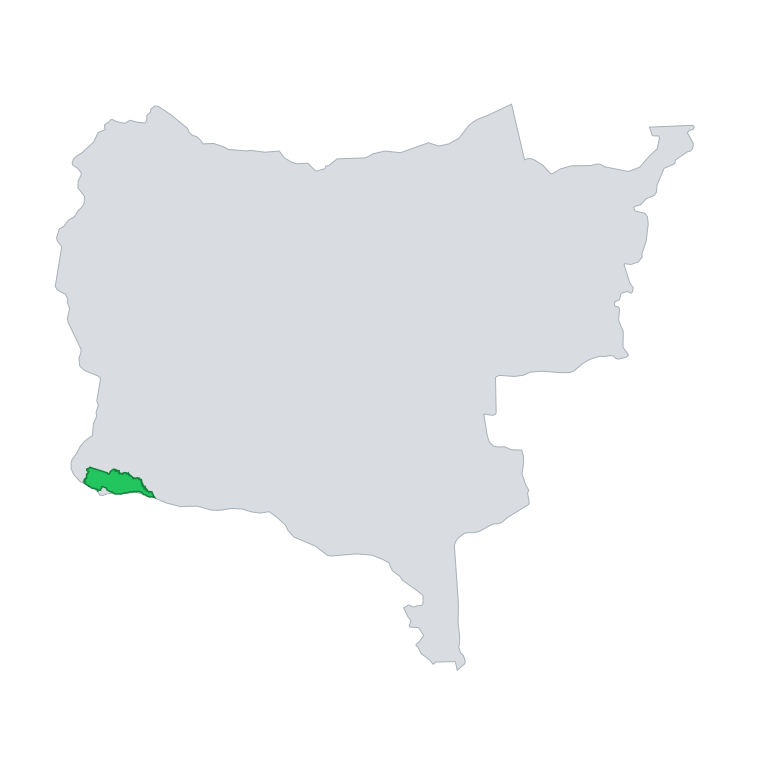 Libenge, Équateur, Democratic Republic of the Congo shown in context, rotated 267°
{"feature_id": "63176286B16720510237815", "entity_name": "Libenge", "entity_type": "district", "adm_level": 2, "iso_a3": "COD", "parent_name": "Democratic Republic of the Congo", "parent_adm1": "Équateur", "projection": "robinson", "projection_center": [18.997, 3.764], "detail": "fine", "context": "in_parent", "style": "filled", "palette": "green", "viewbox_px": 768, "rotation_deg": 267, "n_neighbors": 0, "source": "geoboundaries", "source_scale": "gbopen_adm2", "svg_char_len": 8857}
<svg xmlns="http://www.w3.org/2000/svg" viewBox="0 0 768 768"><g transform="rotate(267 384 384)"><path d="M656.8,526.0L600.5,536.1L601.6,539.7L601.1,543.5L599.6,546.4L593.8,554.3L585.3,561.5L585.3,563.3L589.5,571.4L592.1,582.4L591.3,601.9L592.4,607.2L592.2,611.3L589.3,615.9L583.4,639.3L587.1,650.7L598.1,661.3L604.5,669.1L615.4,672.0L617.2,671.5L617.9,665.0L626.6,662.5L626.2,704.3L625.6,706.7L624.0,707.2L621.9,705.8L621.2,701.9L619.0,700.1L608.3,705.3L605.6,705.2L602.6,704.3L600.5,702.1L599.9,699.0L592.5,686.8L588.8,685.9L584.7,675.0L568.0,666.9L561.6,666.3L558.3,663.9L555.0,655.2L549.5,649.7L548.2,643.5L547.1,642.6L543.7,643.9L540.7,653.6L536.9,655.9L530.0,656.2L512.8,653.3L500.5,648.3L497.3,648.6L492.4,644.1L490.4,636.6L491.6,630.8L490.7,630.0L471.9,634.8L467.3,637.8L463.1,637.0L461.8,635.5L463.6,631.5L462.7,627.2L461.4,625.2L455.8,623.6L454.1,618.9L450.7,618.3L449.6,618.9L448.7,622.1L446.7,623.2L435.5,621.6L423.7,625.7L408.2,624.6L400.7,629.5L399.6,629.4L398.0,626.9L396.6,619.0L397.4,616.8L399.7,615.2L400.5,612.0L399.8,603.8L400.4,601.9L399.6,597.2L397.3,589.6L394.0,583.5L387.0,574.3L385.7,569.9L386.2,559.6L388.5,543.2L388.2,531.1L385.4,523.2L384.7,514.7L386.6,499.4L384.8,495.7L349.2,494.5L347.7,493.3L347.0,491.2L348.7,482.1L327.0,484.4L320.5,486.2L316.4,489.9L315.1,494.5L315.0,501.2L311.7,507.5L310.8,518.2L304.8,519.4L298.7,519.4L287.2,517.1L275.9,520.2L270.4,523.0L267.5,521.7L257.4,522.8L256.0,522.0L244.5,500.8L239.3,493.8L238.3,490.3L238.7,487.0L237.3,482.6L231.9,471.8L230.9,466.7L231.1,458.8L230.5,456.1L225.6,449.3L222.4,447.0L218.9,445.8L160.7,446.8L141.4,445.5L127.4,446.4L120.3,445.8L118.3,444.8L111.9,446.2L108.5,449.1L103.5,450.6L100.4,450.0L94.3,442.1L102.5,440.8L103.1,440.0L103.6,421.1L101.5,418.5L105.8,415.3L112.9,406.9L119.8,404.0L120.8,402.3L122.2,402.4L124.8,405.9L130.7,410.4L138.1,406.4L138.9,405.3L139.9,397.2L141.7,396.5L144.9,398.3L146.7,398.3L149.9,395.9L159.4,391.9L162.1,397.0L159.6,401.7L160.7,405.0L161.0,410.2L162.5,411.4L170.0,411.9L172.2,410.7L187.0,392.2L190.9,390.0L197.1,382.6L205.4,379.3L208.9,373.5L213.7,363.1L215.8,348.2L215.0,322.3L215.7,318.8L225.6,307.2L235.9,286.0L242.9,280.4L248.1,278.2L256.1,270.5L262.5,262.7L261.6,253.3L263.1,245.6L266.6,235.7L267.7,225.3L266.5,214.3L267.0,205.3L271.8,190.9L272.2,174.4L276.5,160.6L285.0,143.0L288.9,130.0L288.2,117.1L289.3,107.6L288.9,102.0L287.3,97.1L288.1,94.1L291.3,92.8L295.3,88.0L302.5,75.3L310.3,69.1L315.6,67.2L321.3,67.4L324.9,68.5L330.9,73.5L337.7,77.4L342.8,82.4L347.8,90.1L359.9,91.8L365.0,94.6L368.2,95.6L369.4,94.9L371.9,95.3L377.6,97.6L382.1,96.3L404.4,101.3L407.0,98.8L413.2,85.6L417.9,81.1L425.5,80.6L431.5,83.1L434.7,83.2L462.1,71.8L465.6,71.2L475.6,74.0L482.1,72.1L484.7,72.7L490.3,70.7L494.9,62.7L498.7,60.8L538.1,69.4L544.1,65.2L547.0,64.7L555.7,67.8L558.4,72.7L563.7,76.9L567.5,83.8L573.3,87.7L576.3,91.4L579.8,93.9L586.9,94.8L596.0,88.6L602.5,89.2L608.9,92.6L611.2,92.5L616.0,88.8L618.6,84.9L621.1,84.1L624.9,85.8L628.0,89.4L630.8,94.7L640.7,106.6L650.2,111.7L652.6,118.9L656.1,118.3L657.8,118.9L660.3,123.5L662.0,124.5L662.4,126.4L660.0,130.7L657.8,139.0L660.7,144.1L658.3,151.5L657.1,159.2L660.2,161.1L664.2,161.0L667.8,165.0L670.7,165.6L673.7,169.8L673.0,173.3L663.6,185.8L649.6,201.1L644.8,202.9L642.3,205.8L640.6,210.2L636.5,214.0L633.3,215.6L633.1,226.6L628.4,238.0L626.5,240.4L623.9,259.0L624.4,262.2L621.7,277.4L622.1,291.6L615.3,296.1L610.5,303.0L608.5,307.9L608.5,319.4L600.7,326.5L600.2,328.1L602.1,336.2L604.9,337.5L605.0,340.2L611.3,349.0L610.8,375.8L611.2,378.5L614.4,384.8L616.6,397.0L614.1,412.5L622.6,440.9L618.7,451.3L620.4,461.3L625.5,471.7L637.5,482.0L640.7,486.2L643.7,491.9L646.5,500.8L656.8,526.0Z" fill="#d9dde1" stroke="#a8b0b8" stroke-width="1"/><path d="M300.9,79.5L300.7,80.1L300.2,80.6L298.8,82.0L298.5,82.8L298.4,83.1L297.6,83.4L297.5,83.8L297.2,83.9L297.1,84.2L297.1,84.5L296.6,85.3L296.1,85.7L295.6,86.3L295.3,86.8L295.0,87.7L294.9,89.0L294.7,90.1L294.2,91.4L293.7,91.5L293.6,92.3L292.9,92.9L292.3,92.7L292.8,93.9L292.9,95.5L293.9,95.5L294.5,96.4L296.3,96.9L296.4,97.4L295.1,100.2L294.6,101.5L293.2,101.5L292.3,102.5L291.1,104.5L290.6,105.6L290.6,106.8L290.4,107.1L289.9,106.8L289.7,107.3L289.4,108.1L288.9,108.6L288.5,109.1L288.3,109.6L288.1,111.5L288.2,112.8L287.9,114.8L288.0,115.2L288.0,116.2L288.1,116.7L288.3,117.2L288.6,118.6L288.8,120.2L288.8,122.1L289.0,122.9L289.3,124.1L289.5,125.0L289.5,126.1L289.2,126.8L289.3,127.1L289.6,128.1L289.8,129.0L289.6,129.9L289.4,130.5L289.3,131.5L289.6,132.8L289.5,133.2L289.1,135.0L288.1,136.8L287.8,137.1L286.6,137.7L286.2,138.0L286.1,138.3L285.9,139.6L285.7,140.0L285.4,140.6L285.1,140.7L284.5,141.5L284.3,141.9L284.1,142.4L283.8,143.0L283.3,144.8L283.4,145.4L283.6,146.1L283.6,146.6L283.1,147.6L283.0,148.1L283.1,148.4L282.8,149.0L283.5,148.6L283.8,148.2L284.2,148.1L284.3,147.9L284.5,147.9L285.2,147.8L285.5,147.5L285.9,147.3L286.1,147.3L286.9,146.9L287.2,147.0L287.5,146.8L288.0,146.8L288.2,146.6L288.5,146.5L288.6,146.3L288.6,145.8L288.6,145.7L288.5,145.4L288.6,145.1L288.5,144.8L288.8,144.6L288.7,144.3L288.8,144.1L288.8,143.9L288.5,143.6L288.3,143.8L288.1,143.8L288.1,143.5L288.2,143.4L288.9,143.2L289.1,143.0L289.0,142.9L289.5,142.3L289.4,142.0L289.6,141.3L289.9,141.4L290.0,141.4L290.0,141.7L290.1,141.8L290.3,141.9L290.3,141.7L290.4,141.3L290.5,141.3L290.8,141.3L290.9,141.2L290.6,141.1L290.6,140.9L290.9,140.9L291.0,141.1L291.2,140.6L291.4,140.9L291.7,140.9L291.8,141.0L292.1,140.8L292.0,140.7L292.5,140.4L292.7,140.1L292.6,139.9L293.1,140.0L292.8,139.7L293.1,139.7L293.3,139.7L293.5,139.5L293.4,139.4L293.2,139.3L293.1,139.2L293.6,139.3L293.6,139.1L294.1,139.0L293.8,138.8L294.0,138.4L294.1,137.8L294.2,137.6L294.4,137.4L294.6,137.4L294.8,137.7L294.9,137.9L295.1,137.9L295.1,137.7L295.5,137.8L295.7,137.6L295.7,138.0L295.8,138.1L296.0,138.0L296.4,137.5L296.5,137.5L296.8,137.7L297.0,137.2L297.3,136.8L297.6,136.8L297.5,137.3L297.9,137.3L298.1,137.1L298.2,136.8L298.8,137.1L299.5,136.6L299.5,136.2L299.8,136.1L300.0,136.5L300.2,136.8L300.3,136.8L300.7,136.3L300.8,136.3L301.0,136.3L301.3,136.5L301.4,135.7L301.5,135.5L301.8,135.3L301.7,135.1L301.4,135.0L301.3,134.5L301.4,134.4L301.8,134.3L302.0,134.7L302.3,134.5L302.3,134.1L302.5,134.0L302.8,134.3L302.9,133.8L303.1,133.5L303.2,133.1L303.3,132.9L303.4,132.6L303.3,132.4L303.2,132.3L303.1,132.6L302.8,131.9L302.7,131.4L302.9,131.3L303.0,131.1L302.9,130.7L302.6,130.4L303.2,129.9L303.4,129.4L303.2,129.2L303.4,129.0L303.3,128.7L302.8,128.7L302.7,128.6L303.1,128.4L303.5,128.3L303.8,128.1L304.4,127.8L304.5,127.5L304.6,127.4L304.7,127.0L305.0,126.7L305.2,126.3L305.3,126.3L305.6,126.5L305.9,126.4L305.9,126.2L305.5,125.8L305.8,125.5L306.6,125.3L306.7,125.2L306.8,124.8L306.6,124.5L306.4,124.6L306.3,124.4L306.5,124.3L307.3,124.7L307.5,124.7L307.5,124.4L307.4,124.1L307.7,123.8L307.9,123.9L308.2,123.6L308.5,123.7L308.3,123.3L308.3,123.0L308.0,122.7L308.3,122.7L308.2,122.3L308.3,122.3L308.7,122.0L308.8,121.9L309.0,121.4L308.8,120.9L309.0,120.6L309.1,120.4L309.0,119.7L308.8,119.5L308.7,119.4L308.8,119.0L308.7,118.8L307.9,118.8L307.8,118.5L308.0,118.6L308.0,118.4L307.8,117.8L308.2,117.6L308.2,117.4L308.4,117.2L308.6,116.6L308.5,116.3L308.6,116.0L308.5,115.9L308.5,115.7L308.3,115.6L308.5,115.2L308.5,114.8L308.8,114.8L309.0,115.1L309.5,114.9L309.3,114.6L309.6,114.6L310.0,115.0L310.2,114.9L310.5,115.0L310.7,114.9L311.2,115.0L311.3,114.8L311.2,114.4L311.4,114.5L311.5,114.4L311.5,114.0L311.4,113.9L311.2,113.8L311.1,113.6L311.4,113.1L311.0,112.8L311.2,112.7L311.3,112.7L311.5,112.9L311.8,112.6L311.6,112.4L311.7,112.1L311.2,112.0L311.1,111.8L311.1,111.7L311.3,111.7L311.1,111.3L311.1,111.2L311.5,111.2L311.7,111.4L311.8,111.4L311.8,111.2L311.6,111.0L311.5,110.8L311.7,110.7L311.9,110.8L312.1,110.6L312.4,110.8L312.7,110.5L312.8,110.7L312.9,110.3L313.1,109.6L313.1,109.2L312.4,108.6L312.2,108.3L312.0,107.4L311.6,107.1L311.2,106.5L311.0,106.4L310.4,105.8L310.1,105.9L309.7,105.9L309.1,105.2L308.5,104.8L308.8,104.0L308.7,103.7L308.7,103.3L309.4,103.2L309.6,103.2L309.8,103.0L310.6,100.6L310.8,100.3L311.1,99.4L311.3,99.2L311.9,97.4L314.2,91.1L314.4,90.5L314.9,89.4L315.3,88.2L315.9,86.8L315.9,86.5L316.1,86.4L316.2,86.2L316.2,85.8L316.0,85.4L315.4,85.2L314.8,84.7L314.7,84.0L314.9,83.4L314.9,83.1L314.7,82.9L314.4,82.7L313.4,82.6L313.2,82.7L312.7,83.3L312.4,83.6L312.3,84.0L312.1,84.4L312.0,84.5L311.8,84.1L311.3,84.2L311.2,84.1L311.1,83.9L310.6,83.8L310.5,83.7L310.4,83.3L309.9,83.1L309.9,82.9L309.7,82.8L309.7,82.5L309.5,82.4L309.3,82.5L309.2,82.7L308.8,82.2L308.2,82.2L308.0,82.3L307.8,82.4L307.4,82.3L307.4,82.6L307.2,82.1L306.8,81.9L306.7,82.1L306.2,82.2L306.1,81.9L305.9,81.9L305.4,81.8L305.4,81.5L305.3,81.3L305.1,81.2L305.1,80.7L304.8,80.9L304.5,80.8L304.2,80.7L303.9,79.6L303.3,79.6L303.1,79.7L302.9,79.5L302.7,79.8L302.7,79.4L302.6,79.2L302.5,79.4L302.2,79.4L302.2,79.5L301.7,79.8L301.7,79.6L301.4,79.5L300.9,79.5Z" fill="#22c55e" stroke="#15803d" stroke-width="1.5"/></g></svg>